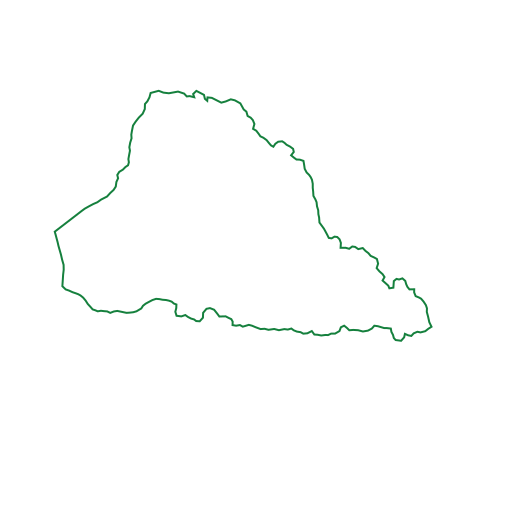 Formigueiro, Rio Grande do Sul, Brazil (Robinson projection), rotated 29°
{"feature_id": "56859067B95835939959880", "entity_name": "Formigueiro", "entity_type": "district", "adm_level": 2, "iso_a3": "BRA", "parent_name": "Brazil", "parent_adm1": "Rio Grande do Sul", "projection": "robinson", "projection_center": [-53.474, -29.98], "detail": "fine", "context": "isolated", "style": "outline", "palette": "green", "viewbox_px": 512, "rotation_deg": 29, "n_neighbors": 0, "source": "geoboundaries", "source_scale": "gbopen_adm2", "svg_char_len": 3538}
<svg xmlns="http://www.w3.org/2000/svg" viewBox="0 0 512 512"><g transform="rotate(29 256 256)"><path d="M177.6,134.4L174.2,133.8L168.3,130.1L162.0,130.1L158.0,131.2L154.6,135.5L151.3,138.7L140.7,139.1L136.7,140.8L138.1,143.9L135.1,143.3L132.4,140.3L123.8,140.5L122.5,144.8L125.0,147.1L120.5,148.3L118.1,150.0L114.4,148.8L108.1,150.0L100.9,155.9L95.8,158.0L90.8,158.7L84.8,164.5L85.9,168.9L86.0,173.4L85.2,176.9L87.5,181.4L87.9,186.5L86.4,191.8L85.6,196.8L85.2,201.5L86.9,206.9L88.1,210.3L90.1,213.4L91.0,217.8L92.5,222.3L94.7,225.0L96.0,229.0L97.4,233.1L99.4,235.7L100.1,238.7L98.7,241.4L97.7,245.0L95.6,248.7L95.4,252.4L97.7,254.9L98.0,258.9L99.7,263.3L99.4,267.3L98.0,271.5L96.9,276.2L93.2,281.7L91.2,285.9L88.5,289.4L85.9,293.4L83.3,297.6L81.7,301.1L68.2,332.3L70.3,334.4L72.9,337.1L75.8,340.1L78.4,343.0L81.4,346.0L84.7,349.3L88.1,353.1L92.0,357.0L94.5,361.3L96.3,365.7L101.3,376.3L105.7,377.5L109.2,376.9L113.1,376.6L116.4,376.0L119.1,375.6L121.7,375.6L125.0,376.2L128.6,377.6L132.1,379.5L136.0,380.8L139.0,381.9L141.7,381.4L144.4,381.1L146.9,379.1L150.1,377.8L152.7,376.6L156.1,376.4L158.6,373.4L161.3,371.3L164.5,370.3L167.4,369.4L170.3,368.5L172.8,366.9L175.9,364.7L178.3,362.3L181.1,357.5L181.3,354.3L182.6,351.2L184.5,348.2L186.8,344.7L189.4,341.9L192.5,340.5L195.4,339.6L198.7,338.1L201.4,337.3L204.4,336.8L207.2,337.4L209.9,337.0L211.5,340.2L212.5,343.9L215.5,346.8L220.0,345.0L222.8,341.9L226.0,342.3L229.6,342.2L232.6,341.5L235.2,341.9L238.4,340.4L239.5,335.7L237.3,331.3L238.3,326.2L241.0,323.9L245.4,323.3L250.0,325.2L253.3,326.7L255.8,325.2L258.7,323.5L262.4,323.4L265.0,323.2L267.4,324.7L269.0,327.8L272.4,326.6L275.4,324.2L278.7,324.2L280.7,322.2L283.1,319.7L286.3,318.9L290.0,318.5L295.4,317.7L298.8,315.5L302.7,314.5L307.3,311.0L312.0,309.8L316.2,306.2L319.5,304.9L322.1,302.3L325.0,302.7L328.4,302.3L331.9,301.0L335.0,301.0L338.4,298.7L341.2,294.6L345.1,296.4L348.1,295.0L351.6,293.9L355.0,291.4L357.4,290.2L359.3,287.5L362.8,285.5L365.4,281.2L364.8,277.2L366.9,274.2L370.3,274.8L373.6,275.7L376.9,273.5L381.3,271.4L386.1,270.2L390.1,267.0L392.5,263.3L393.3,259.6L396.7,258.3L399.9,257.6L403.0,256.9L405.4,255.6L409.1,254.1L411.2,256.7L414.1,258.6L416.3,260.9L418.9,261.8L421.4,260.8L424.0,259.8L425.0,255.3L424.0,251.9L427.5,251.6L430.6,250.6L431.4,247.2L433.9,244.0L436.9,243.1L440.5,239.7L442.0,236.1L443.8,232.8L439.7,229.9L435.8,225.5L432.5,222.1L430.9,218.9L428.4,216.6L424.6,214.6L421.1,213.3L418.5,213.3L415.1,213.7L412.0,211.2L410.5,208.4L406.4,210.8L403.4,209.6L401.1,207.9L398.6,205.4L394.9,204.6L392.5,207.2L390.0,207.9L388.7,211.1L391.5,217.1L388.3,219.6L386.1,217.8L382.2,216.9L378.6,216.1L378.6,212.1L375.5,210.5L371.4,209.6L367.4,208.1L366.5,203.5L363.2,200.0L360.1,200.0L356.2,200.3L352.9,199.0L349.4,198.5L345.5,197.3L342.1,200.4L338.3,200.0L335.6,201.0L334.0,204.5L330.3,205.4L326.0,207.8L323.9,203.4L321.0,200.9L317.9,200.0L315.3,201.0L313.6,203.9L310.9,204.9L308.0,202.9L304.9,200.9L302.2,199.2L299.0,197.7L295.3,196.0L292.5,191.7L290.3,189.2L288.2,185.8L285.3,183.0L282.9,179.6L280.5,177.7L277.1,175.6L274.8,172.0L272.6,168.9L270.6,165.3L268.0,162.2L265.6,160.5L263.1,159.3L259.8,158.4L256.3,156.1L253.8,152.8L251.4,149.8L247.6,150.5L244.6,152.0L241.6,151.6L237.9,150.9L238.6,146.7L236.5,144.3L232.8,143.8L228.8,143.9L226.0,143.2L223.3,143.0L220.0,145.3L218.5,148.5L218.2,152.0L215.5,152.0L212.5,150.9L209.1,149.5L205.1,149.0L201.8,149.2L199.2,147.9L195.5,146.3L191.8,146.2L190.6,141.3L187.4,138.7L184.3,137.6L180.8,137.6L177.6,134.4Z" fill="none" stroke="#15803d" stroke-width="2"/></g></svg>